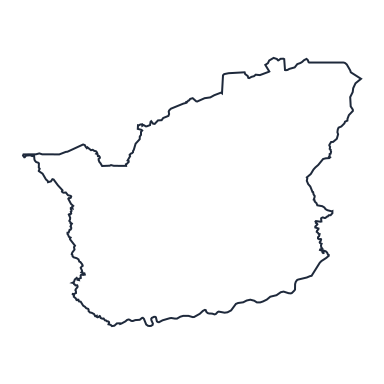 Las Lajas, El Oro, Ecuador
{"feature_id": "8360857B7040191128771", "entity_name": "Las Lajas", "entity_type": "district", "adm_level": 2, "iso_a3": "ECU", "parent_name": "Ecuador", "parent_adm1": "El Oro", "projection": "mercator", "projection_center": [-80.108, -3.799], "detail": "fine", "context": "isolated", "style": "outline", "palette": "slate", "viewbox_px": 384, "rotation_deg": 0, "n_neighbors": 0, "source": "geoboundaries", "source_scale": "gbopen_adm2", "svg_char_len": 5895}
<svg xmlns="http://www.w3.org/2000/svg" viewBox="0 0 384 384"><path d="M23.5,154.4L23.0,155.6L24.3,157.3L24.8,157.2L25.6,155.9L27.2,155.5L30.3,155.3L32.2,156.1L34.1,155.7L34.4,159.3L34.8,160.5L36.1,162.0L38.4,162.8L38.9,163.4L38.8,167.6L39.7,168.8L38.8,170.6L38.8,171.1L42.6,173.7L46.0,179.5L47.6,180.8L48.0,182.2L50.9,181.4L52.4,179.2L53.6,179.5L57.9,185.3L62.5,190.3L61.9,191.3L62.4,192.2L63.6,192.7L65.8,192.5L68.0,195.2L70.7,195.9L71.2,196.4L70.8,197.7L69.9,198.1L68.8,198.1L68.3,198.8L71.0,203.9L73.2,205.9L72.2,206.8L72.5,208.3L71.4,207.7L70.8,208.0L70.8,209.1L71.5,210.3L71.4,211.3L70.8,211.7L71.2,213.5L70.4,214.3L69.4,214.1L68.8,214.5L70.2,217.8L70.0,219.5L69.3,220.9L70.6,222.5L70.5,223.4L70.8,223.6L71.2,223.2L71.9,223.6L70.8,225.5L70.9,226.1L70.5,226.6L71.2,227.5L71.2,228.7L70.5,229.7L69.6,229.8L68.7,232.5L67.5,232.7L67.5,234.0L68.3,235.1L68.9,236.8L70.6,237.6L69.9,238.8L70.1,239.4L75.0,245.7L74.0,247.1L74.5,249.6L72.3,252.5L71.7,254.2L72.4,254.9L72.6,256.3L73.6,257.3L76.7,258.2L78.5,259.4L79.3,261.6L80.4,262.0L82.3,264.5L82.7,265.8L81.7,266.5L80.7,267.8L82.0,270.6L82.0,271.6L81.6,272.1L82.4,272.2L82.6,273.5L83.3,274.1L83.9,273.3L84.4,273.3L84.8,274.6L83.3,274.9L81.3,274.6L80.6,275.5L80.8,278.0L78.6,278.9L78.9,280.1L77.6,279.8L77.7,279.4L76.7,277.9L74.8,279.5L73.9,282.1L72.4,282.8L73.7,283.1L74.1,284.2L74.8,284.5L75.4,285.4L77.2,285.3L77.6,286.3L77.5,287.1L75.7,289.3L75.4,290.2L75.9,291.1L76.0,293.0L74.0,294.0L72.8,293.9L72.7,294.3L74.0,295.3L73.8,296.7L75.8,298.4L76.5,300.0L77.0,300.2L77.8,299.6L78.4,299.7L79.0,301.4L80.7,301.7L83.2,305.7L85.0,306.8L86.2,308.2L88.2,308.9L88.6,309.8L88.6,311.1L90.0,312.5L91.7,312.8L94.1,314.1L95.1,316.1L96.7,315.8L96.5,316.7L97.5,317.3L98.5,317.0L99.6,316.0L100.0,316.2L100.7,318.0L102.4,318.7L103.6,318.5L104.9,320.3L106.3,320.6L106.9,321.3L108.1,321.4L108.9,321.9L109.1,322.6L108.5,324.3L110.6,324.8L111.9,326.1L114.4,325.7L116.9,323.4L119.9,323.3L120.1,324.0L121.5,323.5L125.4,321.4L127.0,320.0L128.4,319.5L129.5,319.7L131.3,320.9L132.8,321.0L135.3,320.1L139.7,319.8L142.1,317.9L142.8,317.8L143.9,318.8L146.2,324.5L148.0,325.8L149.6,326.0L151.0,325.9L152.6,324.9L152.9,323.6L151.4,320.3L151.2,318.9L151.8,317.9L154.1,316.8L155.4,316.9L155.9,317.3L156.9,321.4L158.0,322.1L159.0,322.2L162.6,320.3L169.8,318.2L171.3,318.0L174.9,318.6L177.0,318.6L180.3,316.7L183.1,315.9L188.6,315.9L192.7,317.1L194.1,317.0L199.8,313.8L202.9,310.9L204.8,309.9L205.7,310.1L206.3,311.8L207.7,313.1L209.2,313.5L212.1,313.6L214.6,314.4L215.8,314.0L217.6,312.1L218.7,311.6L224.6,312.7L227.5,312.3L231.1,310.4L235.9,303.9L238.1,303.0L243.2,302.3L246.7,300.5L250.3,299.7L254.2,300.7L256.9,302.4L260.2,302.4L262.9,301.5L266.8,299.6L270.3,296.7L276.5,295.2L280.8,292.2L283.6,291.6L288.6,293.2L290.8,293.4L291.9,293.0L294.3,290.6L295.0,289.6L295.1,284.1L295.7,282.0L296.9,280.2L298.0,279.6L306.8,277.5L310.1,276.1L311.3,275.9L311.2,276.4L319.8,262.7L321.5,261.0L326.3,257.9L329.3,255.3L328.7,255.7L328.7,254.9L327.9,254.5L327.1,252.6L325.9,251.4L324.4,250.8L323.5,250.8L323.6,253.0L323.2,253.1L322.5,252.5L322.2,251.0L321.6,250.5L320.0,250.0L320.2,249.4L322.4,248.8L321.2,247.1L321.0,245.3L321.6,243.7L320.1,243.1L319.7,242.3L319.9,241.8L320.7,241.0L321.1,239.3L320.8,239.0L319.1,239.2L318.0,238.5L318.0,237.2L319.1,236.1L319.6,234.1L318.6,233.9L318.2,233.1L316.7,231.8L317.1,230.6L318.4,229.3L318.5,228.5L315.3,227.5L315.3,226.5L317.4,224.4L317.1,223.6L315.9,222.9L316.0,222.0L315.5,221.6L315.8,221.1L316.5,221.1L320.4,221.7L321.4,221.5L321.1,218.5L321.4,218.0L322.8,217.4L324.5,218.0L325.5,217.9L326.8,216.7L327.7,216.5L328.7,215.3L330.6,215.2L332.4,213.2L332.4,211.2L332.0,211.4L327.4,210.2L325.5,209.1L324.4,207.5L322.3,206.2L317.3,205.3L316.5,203.2L314.7,201.5L314.6,200.2L313.7,199.7L314.5,197.5L314.7,196.0L313.6,194.5L313.1,192.1L312.5,192.0L310.3,186.5L308.2,184.1L306.8,180.8L307.3,178.3L306.8,177.4L310.8,174.0L313.5,169.5L315.4,167.4L318.2,165.0L323.1,159.0L325.8,158.3L329.3,158.1L330.1,157.3L329.1,156.6L329.6,155.8L329.7,154.0L330.6,153.7L331.1,151.7L330.6,150.5L330.7,149.8L329.7,148.9L330.1,146.9L329.3,145.4L329.4,144.8L331.1,142.0L333.1,141.9L336.8,138.8L338.1,134.3L337.4,132.2L337.8,129.4L338.6,127.6L341.3,126.5L344.4,123.4L345.0,121.7L347.4,120.6L347.5,118.8L348.9,115.1L352.9,110.9L352.8,109.6L350.7,106.4L350.2,97.1L352.7,92.1L353.2,88.2L355.5,83.3L361.0,78.8L350.8,72.3L350.2,70.4L346.8,64.5L345.2,63.1L344.2,62.7L343.2,62.5L309.1,62.5L308.6,62.2L307.8,60.1L306.5,58.9L304.0,60.2L302.2,61.9L300.4,63.0L297.3,64.1L294.7,67.4L289.3,68.9L287.6,69.9L285.9,70.2L285.0,70.0L284.2,59.1L283.4,58.7L280.6,58.8L278.4,60.4L277.9,60.3L276.9,59.0L273.6,57.9L269.2,60.5L267.9,63.2L265.3,64.9L269.3,71.5L268.8,71.8L259.9,75.1L255.7,74.7L254.0,76.2L251.6,76.8L249.2,78.1L248.3,77.9L247.7,76.0L245.2,74.1L244.6,72.3L228.7,73.2L224.2,74.1L223.0,75.3L222.0,93.3L221.1,92.6L214.3,95.2L210.3,97.4L204.6,98.2L197.2,101.5L196.2,101.3L192.7,98.2L190.2,98.9L189.1,100.4L188.3,100.6L187.4,101.7L186.4,101.9L186.6,102.6L186.1,102.9L183.4,103.6L170.9,108.7L169.2,110.4L168.7,111.6L169.1,114.0L168.4,115.9L163.2,118.0L161.6,120.2L158.0,120.4L154.7,123.9L153.1,123.7L151.2,121.2L150.6,121.8L150.0,125.1L146.8,126.3L145.9,126.4L143.6,125.0L142.3,125.8L142.1,124.3L140.3,124.5L138.9,125.3L138.0,125.2L137.8,128.9L141.4,129.8L142.2,130.5L141.0,131.9L141.0,134.9L139.8,136.5L139.7,139.2L135.6,143.7L133.8,149.8L133.1,150.9L133.0,152.2L132.0,153.2L130.7,153.7L129.6,154.9L130.1,156.2L127.6,160.5L128.6,160.9L128.7,161.9L126.8,163.9L125.9,164.3L126.1,165.9L113.8,165.8L111.0,165.1L109.7,165.7L102.1,166.0L100.4,163.1L99.4,162.0L98.7,160.2L98.6,159.0L99.9,157.8L99.7,156.9L99.0,156.0L97.9,156.1L97.6,154.2L96.3,153.7L97.1,152.9L96.6,151.9L95.9,151.2L94.3,150.9L92.7,149.8L91.0,150.2L87.4,147.3L86.8,148.1L85.6,146.7L84.8,145.1L83.1,144.5L67.5,151.7L65.8,151.9L59.3,154.4L42.1,154.3L39.3,153.4L36.0,154.3L23.5,154.4Z" fill="none" stroke="#1e293b" stroke-width="2"/></svg>